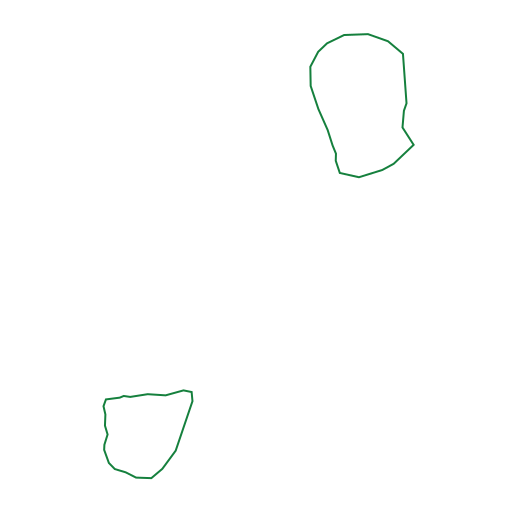 Faraulep, Federated States of Micronesia, rotated 266°
{"feature_id": "79324940B34667662495204", "entity_name": "Faraulep", "entity_type": "district", "adm_level": 2, "iso_a3": "FSM", "parent_name": "Federated States of Micronesia", "parent_adm1": "", "projection": "robinson", "projection_center": [144.516, 8.594], "detail": "fine", "context": "isolated", "style": "outline", "palette": "green", "viewbox_px": 512, "rotation_deg": 266, "n_neighbors": 0, "source": "geoboundaries", "source_scale": "gbopen_adm2", "svg_char_len": 688}
<svg xmlns="http://www.w3.org/2000/svg" viewBox="0 0 512 512"><g transform="rotate(266 256 256)"><path d="M345.4,342.2L333.0,345.4L327.4,364.2L333.0,388.0L338.4,399.8L355.9,421.0L374.0,411.1L390.6,413.7L397.8,416.8L447.4,416.7L461.0,402.7L469.5,383.2L470.3,359.3L463.2,341.7L455.4,332.3L441.0,323.4L421.8,322.4L398.2,328.5L376.6,336.3L361.0,340.1L352.5,342.9L345.4,342.2ZM124.2,110.2L123.4,96.3L116.8,93.4L108.4,94.7L97.3,93.5L88.3,95.5L78.3,91.6L73.2,91.0L59.8,94.8L53.3,100.3L49.3,110.9L43.3,120.9L41.7,136.1L50.2,147.7L67.4,162.3L115.6,182.5L124.8,182.3L127.0,174.3L123.3,156.1L125.7,138.3L124.2,120.7L125.6,114.3L124.2,110.2Z" fill="none" stroke="#15803d" stroke-width="2"/></g></svg>